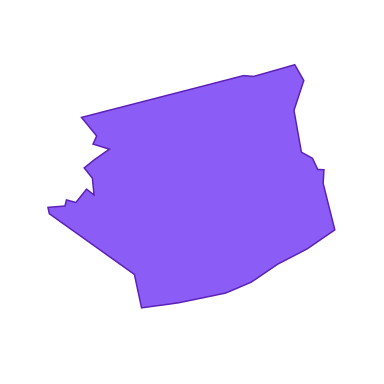 Hart, Kentucky, United States of America, rotated 341°
{"feature_id": "52423323B62554874714957", "entity_name": "Hart", "entity_type": "district", "adm_level": 2, "iso_a3": "USA", "parent_name": "United States of America", "parent_adm1": "Kentucky", "projection": "orthographic", "projection_center": [-85.917, 37.299], "detail": "fine", "context": "isolated", "style": "filled", "palette": "violet", "viewbox_px": 384, "rotation_deg": 341, "n_neighbors": 0, "source": "geoboundaries", "source_scale": "gbopen_adm2", "svg_char_len": 579}
<svg xmlns="http://www.w3.org/2000/svg" viewBox="0 0 384 384"><g transform="rotate(341 192 192)"><path d="M106.6,285.1L142.7,292.3L191.0,298.5L218.8,296.5L249.6,288.1L282.2,283.3L314.7,274.3L318.8,226.6L324.0,213.9L318.2,211.6L316.9,199.4L308.4,190.0L315.0,148.0L334.0,123.0L330.6,105.1L288.0,102.8L278.5,98.7L198.6,92.4L137.3,87.5L111.8,85.5L120.1,108.0L114.0,114.5L127.8,124.6L109.8,129.8L97.9,134.1L102.3,146.5L98.4,162.9L93.2,155.0L78.8,164.1L70.7,158.6L67.3,163.9L50.8,159.6L50.0,166.1L110.7,251.2L106.6,285.1Z" fill="#8b5cf6" stroke="#5b21b6" stroke-width="1.5"/></g></svg>